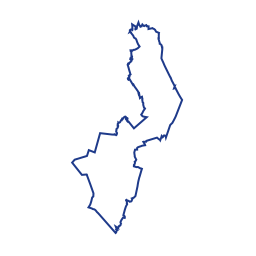 Mazatepec, Morelos, Mexico, rotated 15°
{"feature_id": "50627088B77500385000794", "entity_name": "Mazatepec", "entity_type": "district", "adm_level": 2, "iso_a3": "MEX", "parent_name": "Mexico", "parent_adm1": "Morelos", "projection": "equal_earth", "projection_center": [-99.367, 18.688], "detail": "fine", "context": "isolated", "style": "outline", "palette": "blue", "viewbox_px": 256, "rotation_deg": 15, "n_neighbors": 0, "source": "geoboundaries", "source_scale": "gbopen_adm2", "svg_char_len": 5664}
<svg xmlns="http://www.w3.org/2000/svg" viewBox="0 0 256 256"><g transform="rotate(15 128 128)"><path d="M150.2,194.8L151.7,193.7L152.8,191.8L152.3,182.1L152.0,179.4L151.8,177.0L151.7,173.1L151.8,171.4L151.9,166.1L152.0,163.8L150.9,163.7L150.3,163.8L149.2,163.5L147.7,163.1L146.4,163.6L143.6,163.5L143.4,162.6L143.5,162.6L143.6,162.4L143.8,159.8L143.2,158.9L143.8,158.0L144.2,156.5L141.9,153.9L141.7,153.1L140.9,151.3L140.4,150.0L140.4,147.1L142.4,146.5L142.3,146.2L142.1,145.5L142.0,144.9L142.2,144.5L142.4,144.2L144.0,143.0L145.0,142.4L146.0,141.6L147.6,140.8L149.0,140.2L148.5,139.4L148.0,138.9L146.4,137.4L146.7,137.2L147.4,137.2L147.8,137.1L148.2,136.7L148.7,136.5L149.1,136.5L149.2,136.2L149.2,135.6L158.5,129.8L159.5,130.3L161.5,131.1L161.9,131.1L162.3,131.5L162.5,129.3L162.6,128.3L162.6,126.9L163.3,127.3L163.9,127.9L164.2,127.4L164.8,125.8L165.6,125.8L166.5,125.8L166.7,126.5L167.1,127.3L168.0,114.2L168.9,112.6L169.3,112.0L169.5,111.7L170.2,108.8L170.8,106.0L171.1,104.4L173.0,86.9L170.6,84.7L168.2,82.3L164.7,78.5L163.5,77.1L162.2,77.9L162.4,75.1L162.1,75.3L160.1,73.1L158.6,71.5L158.1,71.0L156.1,68.2L155.9,68.2L153.4,65.4L147.2,58.3L144.7,55.1L143.9,54.2L143.2,53.3L142.4,52.3L142.2,51.9L140.7,42.8L140.3,41.3L140.0,41.4L139.8,40.9L139.3,40.1L139.3,39.8L139.1,39.5L138.8,39.2L138.2,38.8L136.8,38.4L136.8,38.2L136.7,37.7L136.2,36.9L135.6,36.1L135.4,35.5L134.4,34.1L134.2,33.2L134.5,33.1L133.8,30.8L133.5,29.3L133.4,29.2L133.3,28.3L133.3,28.1L130.2,27.7L128.8,26.2L128.6,26.1L128.3,26.0L127.8,25.7L126.7,25.5L126.3,25.5L125.8,25.2L125.3,25.5L123.9,26.2L122.2,27.1L121.6,24.7L120.9,25.1L121.0,25.1L120.6,24.6L120.4,24.8L120.0,24.8L119.8,24.9L119.2,24.4L119.0,24.0L118.6,24.3L118.2,24.4L117.8,24.7L117.3,25.3L117.0,25.2L116.7,25.3L115.1,24.3L114.6,27.1L114.5,26.8L114.2,26.2L113.7,26.9L112.9,26.1L112.6,25.8L112.3,25.7L112.0,25.2L111.8,25.0L111.5,24.5L110.8,23.4L110.6,25.3L110.5,26.3L110.4,27.6L110.5,28.0L110.7,29.8L109.6,30.8L109.5,30.7L109.3,28.6L108.9,27.9L108.0,27.7L105.2,26.8L105.9,28.7L106.1,29.7L106.6,30.9L106.8,31.6L106.8,32.2L105.7,31.9L105.3,32.1L104.8,32.5L104.5,33.1L105.0,33.6L104.8,34.8L104.9,34.7L106.1,34.9L106.1,35.2L109.1,37.4L110.4,39.1L111.5,39.5L112.2,39.6L113.1,40.4L114.5,42.5L116.0,44.4L116.4,44.8L117.9,46.1L118.1,46.3L116.8,48.4L115.8,49.4L114.5,50.5L113.8,50.9L113.0,51.1L112.3,52.1L111.8,52.0L111.4,52.0L110.6,52.4L110.4,52.4L110.6,53.0L111.1,53.3L111.6,53.3L111.6,53.7L111.7,54.7L111.9,55.1L112.2,56.0L112.5,56.6L112.5,57.1L112.6,57.4L113.3,57.7L113.5,58.1L113.5,58.5L112.8,58.7L112.8,59.5L112.3,59.9L112.4,60.9L113.2,60.8L113.3,60.8L113.5,60.4L114.0,60.2L114.4,60.3L114.4,60.5L114.0,61.1L114.0,61.4L113.9,61.8L114.0,62.2L113.9,62.3L113.8,62.5L113.6,62.5L113.4,63.2L113.4,63.6L112.3,64.8L112.4,65.0L112.3,65.8L111.4,65.9L111.4,66.7L111.3,67.1L111.6,67.4L113.5,70.6L113.7,71.0L114.0,71.5L115.5,73.9L116.2,75.1L116.4,75.4L116.6,75.6L116.0,76.6L115.8,76.4L115.3,77.3L115.7,77.6L116.2,78.1L115.0,80.1L115.1,80.3L115.8,79.3L116.0,79.5L115.4,80.5L115.9,81.1L115.5,81.7L117.2,80.7L121.7,85.1L122.0,84.6L123.5,86.2L125.5,87.8L127.4,89.4L129.3,91.1L129.0,91.5L129.7,92.7L130.0,92.2L131.1,94.6L131.4,95.1L131.8,96.0L133.0,94.5L133.4,94.2L133.8,95.1L134.1,95.6L134.3,95.9L134.5,96.5L134.4,97.0L135.4,99.1L135.5,99.4L136.1,99.7L136.3,99.9L136.6,101.2L136.8,101.8L138.2,104.2L139.0,104.5L139.4,104.8L138.4,107.6L138.2,108.7L137.8,110.5L137.3,111.6L138.1,112.4L139.6,113.0L143.3,112.7L133.8,126.8L126.9,121.7L126.5,122.1L126.2,122.0L125.8,121.7L125.4,121.5L125.3,121.4L125.1,121.0L125.3,120.4L125.0,120.0L124.8,119.8L124.8,119.7L124.8,119.4L125.1,119.1L125.1,118.9L124.9,118.7L124.3,119.1L123.8,119.9L123.7,120.0L123.6,119.9L123.5,119.7L123.5,118.6L123.4,118.5L123.4,118.3L123.2,118.0L122.9,117.8L122.7,117.7L122.3,117.7L121.4,118.6L121.2,119.0L120.6,120.6L120.1,120.4L120.0,120.6L119.9,120.6L119.9,121.3L119.9,122.0L119.5,122.0L119.3,122.2L119.0,123.7L118.8,124.4L118.5,124.8L118.2,125.1L117.9,125.3L117.5,125.2L117.6,125.4L117.1,126.1L117.2,126.4L117.1,127.0L117.4,127.5L117.2,127.5L117.3,127.9L117.4,128.7L117.5,128.9L117.6,129.0L118.0,129.1L118.0,129.9L117.9,130.6L117.1,132.1L117.3,132.7L117.4,133.3L117.4,134.0L117.5,134.5L118.2,135.3L118.7,135.7L118.8,136.6L118.7,137.1L118.6,137.8L118.4,138.0L116.8,137.4L116.6,137.5L116.3,137.8L116.2,138.1L115.6,138.1L114.6,138.4L102.4,140.2L102.2,160.2L95.9,159.5L95.6,165.6L84.7,172.4L83.0,175.9L95.6,185.2L100.1,183.6L100.4,183.8L100.6,184.3L106.4,192.5L111.4,199.8L111.6,200.2L112.2,203.1L111.4,204.4L111.5,208.1L111.4,210.7L111.3,211.9L110.4,214.9L112.8,215.0L113.7,215.1L114.5,215.2L115.0,215.4L116.5,215.3L117.7,215.7L118.7,216.4L119.9,217.3L120.9,217.8L123.7,219.6L123.8,219.7L143.2,232.6L143.5,232.1L143.1,231.8L143.3,231.4L143.6,230.2L144.1,229.7L142.7,228.9L143.1,228.2L143.3,227.8L143.3,227.7L143.1,227.6L143.3,227.6L143.0,227.4L142.6,227.2L142.2,227.1L141.7,226.4L142.0,226.5L142.7,226.9L144.5,227.3L144.5,226.1L144.3,225.9L144.3,225.7L144.5,225.4L144.7,225.1L144.9,224.8L145.2,224.7L145.3,224.7L145.5,224.3L145.6,224.0L145.8,223.9L146.1,223.0L146.3,222.8L146.5,222.9L145.4,221.5L145.1,220.9L145.1,220.7L145.5,218.5L145.8,217.6L146.4,215.8L148.1,215.7L148.1,215.4L147.9,214.6L147.5,214.1L147.1,213.8L146.6,213.5L146.1,213.4L146.1,212.8L146.1,210.5L146.1,207.6L146.3,204.2L146.9,201.8L146.5,201.3L146.6,201.2L146.1,200.0L145.9,199.4L145.5,198.8L145.3,198.6L145.2,198.6L144.9,198.5L144.8,198.2L145.2,197.8L145.5,198.1L145.8,198.2L146.0,198.3L146.7,198.2L147.0,198.2L147.3,198.3L147.9,198.4L148.5,198.7L148.7,198.8L148.8,198.8L149.3,198.4L149.9,198.2L150.2,197.9L150.3,197.6L150.4,197.2L150.5,195.3L150.7,195.0L150.2,194.8Z" fill="none" stroke="#1e3a8a" stroke-width="2"/></g></svg>